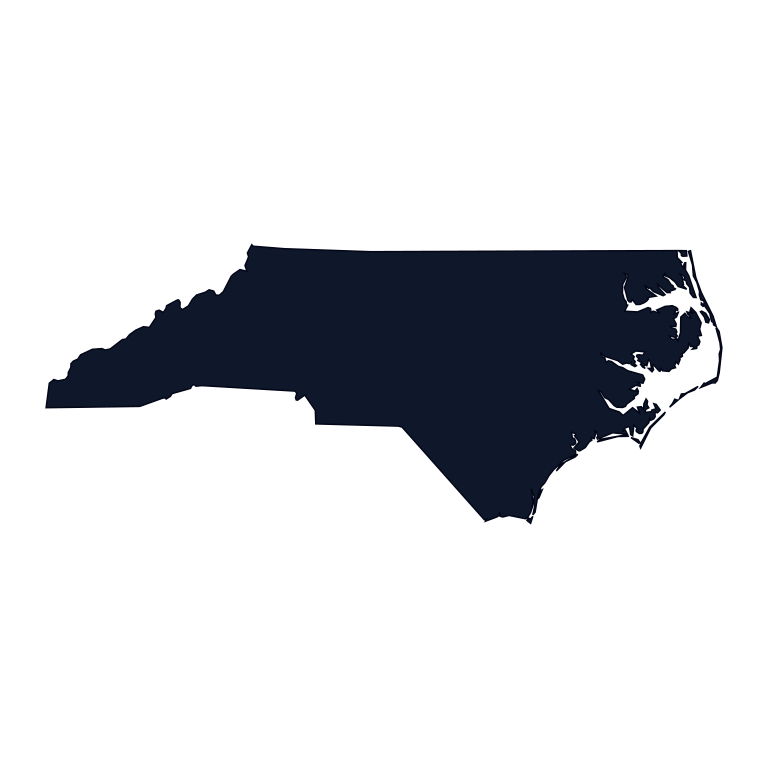 North Carolina, Equal Earth projection
{"feature_id": "USA-3549", "entity_name": "North Carolina", "entity_type": "State", "adm_level": 1, "iso_a3": "USA", "parent_name": "United States of America", "parent_adm1": "", "projection": "equal_earth", "projection_center": [-78.085, 35.229], "detail": "fine", "context": "isolated", "style": "filled", "palette": "ink", "viewbox_px": 768, "rotation_deg": 0, "n_neighbors": 0, "source": "natural_earth", "source_scale": "10m", "svg_char_len": 6131}
<svg xmlns="http://www.w3.org/2000/svg" viewBox="0 0 768 768"><path d="M677.0,250.6L677.3,257.6L681.9,262.4L680.6,263.1L681.5,265.5L685.0,269.3L683.4,265.9L684.7,262.8L685.7,262.7L685.5,270.0L688.7,275.6L696.1,297.5L693.4,297.4L690.1,293.0L689.7,287.4L686.7,283.7L686.2,281.0L684.0,279.6L684.6,276.9L682.5,275.0L679.9,274.1L682.2,277.2L683.5,284.5L682.5,285.1L686.7,289.2L678.2,286.5L675.0,282.0L669.5,277.5L664.3,275.5L665.5,274.4L664.6,273.4L663.0,276.9L667.9,279.7L671.0,284.6L672.9,285.6L673.7,288.0L675.4,288.8L674.9,289.5L669.7,291.2L670.2,292.6L667.0,292.6L657.6,284.4L658.6,287.5L665.0,294.7L663.1,295.7L653.3,291.5L649.9,287.9L648.7,288.3L644.6,285.1L646.8,289.2L656.2,296.1L648.6,297.4L647.4,298.1L648.4,298.9L646.8,300.9L644.4,302.6L640.1,304.4L636.1,304.5L632.3,299.5L631.1,301.9L629.3,301.9L627.8,300.1L624.5,287.5L628.2,276.9L627.5,275.1L624.4,273.4L626.5,277.2L622.7,284.3L622.4,293.0L624.2,299.2L626.1,301.6L626.5,304.8L627.7,305.1L624.6,311.2L637.6,311.9L648.0,307.6L650.5,308.4L651.1,312.6L653.2,311.2L660.0,313.3L656.7,310.0L665.1,306.4L672.3,305.7L676.2,307.4L677.7,308.9L677.6,310.5L675.9,309.5L674.5,313.9L678.2,312.6L676.5,316.9L673.5,318.8L676.2,323.9L675.8,326.5L670.6,326.4L672.1,328.1L675.7,329.1L676.9,332.1L675.7,333.2L677.3,336.0L676.0,337.5L669.5,336.0L670.8,338.5L672.6,339.4L676.8,338.7L677.9,340.8L680.5,332.8L680.8,317.1L684.9,313.3L687.5,316.8L690.5,317.7L690.4,316.3L688.0,314.5L686.9,311.9L691.7,313.4L693.2,312.6L690.0,311.2L691.1,307.7L695.8,312.5L701.2,322.9L699.6,329.1L701.4,335.4L697.4,336.2L699.9,341.6L698.9,344.7L696.8,346.0L696.7,348.4L692.5,349.1L694.0,347.7L693.7,346.7L690.4,346.4L688.8,342.2L688.1,348.0L683.8,352.9L682.0,353.5L682.4,356.3L679.5,358.1L680.1,359.5L678.3,364.1L676.1,361.9L674.6,365.6L675.5,367.7L671.4,368.8L669.0,371.4L662.5,370.8L661.2,368.7L660.0,371.3L659.1,371.0L653.4,364.7L652.8,366.9L653.6,369.7L652.0,371.8L648.4,368.4L651.5,368.4L650.4,361.9L648.6,359.6L646.8,365.7L645.0,364.9L643.6,366.3L645.2,368.4L642.5,366.9L640.5,364.3L642.1,362.9L637.8,360.4L638.9,358.8L636.6,356.3L636.9,355.1L638.9,354.7L642.7,355.3L645.1,351.9L635.8,351.0L631.1,353.9L634.2,356.7L633.2,359.4L635.3,361.6L634.3,363.6L636.4,365.7L634.8,366.6L631.0,364.5L631.2,362.2L629.0,363.6L626.8,363.0L622.7,364.2L617.9,360.7L604.8,356.3L600.3,352.5L602.4,356.8L604.7,357.8L606.1,362.2L608.5,360.8L611.6,361.6L618.3,366.4L622.8,367.7L627.6,370.7L642.7,375.0L644.7,379.1L643.0,383.2L637.5,382.3L640.2,384.5L640.2,386.2L635.8,385.3L629.2,389.2L635.9,391.3L637.1,390.6L636.0,389.8L637.1,388.5L638.4,391.3L637.9,393.9L634.0,396.7L634.4,398.4L626.7,404.1L625.4,406.4L622.5,407.5L616.8,407.2L614.2,405.6L608.6,399.5L604.8,397.6L601.2,391.9L598.4,390.6L609.1,408.5L619.4,412.0L623.1,415.5L632.6,407.7L639.6,413.3L637.4,407.1L641.2,406.7L643.5,409.2L643.9,403.7L646.1,399.0L647.6,401.3L647.0,404.8L648.8,407.8L645.4,409.6L645.6,412.4L651.3,411.7L652.0,409.9L656.0,408.9L653.8,403.7L656.2,404.4L660.2,410.0L657.6,412.7L654.9,412.5L655.2,416.6L653.8,418.8L650.8,420.3L649.8,418.2L648.8,422.7L643.0,429.2L642.9,431.9L641.8,433.3L639.4,433.5L636.4,431.6L636.1,430.0L637.3,428.6L633.9,425.0L632.7,435.9L630.7,434.6L629.7,427.6L628.6,426.6L624.9,428.1L622.1,431.4L625.2,430.0L627.4,434.2L612.6,432.8L597.5,439.1L596.8,437.4L598.1,436.3L596.0,430.7L594.6,430.5L595.5,434.2L594.2,438.6L591.3,437.6L591.9,440.1L589.3,441.8L585.3,447.5L580.4,450.5L579.0,450.9L574.0,448.0L579.2,441.9L574.5,435.6L575.8,434.9L575.5,433.5L572.2,432.7L571.4,431.4L572.4,438.3L574.4,438.4L575.6,441.2L575.5,443.7L573.1,445.2L571.4,444.6L570.3,446.0L572.1,449.0L575.4,450.7L575.8,454.3L563.8,460.2L553.7,469.6L548.9,475.7L544.8,482.8L541.1,486.8L537.9,495.4L535.1,512.1L532.8,514.9L534.4,507.7L533.7,499.7L534.3,496.8L531.2,488.4L532.8,501.0L532.2,507.5L530.5,512.6L527.6,517.5L525.8,518.8L509.0,515.4L502.8,517.0L500.2,516.3L500.6,514.7L499.6,512.8L498.8,515.7L497.0,516.9L485.5,521.2L486.5,519.1L484.4,519.8L402.1,427.1L398.3,426.1L315.8,423.9L315.3,410.3L304.8,395.1L297.5,400.2L296.2,399.9L295.5,397.6L296.8,393.3L295.1,391.1L201.8,385.6L196.0,386.2L193.9,384.4L191.7,385.9L190.5,388.4L172.1,393.6L170.4,396.3L166.2,399.0L164.7,397.7L162.2,398.3L139.7,406.4L46.1,407.7L49.3,383.2L53.9,379.5L57.9,380.9L65.5,379.3L68.1,376.0L68.4,372.2L70.8,367.6L71.0,363.6L73.4,361.1L77.8,359.1L80.6,354.8L92.4,349.3L101.9,348.6L105.3,350.0L110.3,348.9L122.3,339.6L126.0,339.0L129.6,334.6L135.7,330.2L143.4,326.7L149.4,327.4L155.9,317.5L155.3,313.7L156.0,311.2L159.1,310.2L163.4,312.4L166.0,308.4L166.6,305.7L177.3,300.0L178.6,299.9L180.1,302.2L179.9,307.7L182.5,309.6L188.4,305.9L192.5,299.1L196.6,295.0L205.4,292.2L209.1,289.8L213.7,291.1L215.8,295.0L219.2,295.3L223.3,291.7L231.2,276.3L233.6,274.0L240.0,269.6L247.0,271.3L245.0,265.6L248.6,256.8L247.4,253.0L251.8,244.7L253.0,246.2L284.3,248.7L370.3,251.7L677.0,250.6ZM690.5,250.7L695.8,277.5L701.4,292.7L713.1,316.2L716.2,326.4L713.6,324.9L713.3,322.5L711.6,321.4L709.8,313.4L704.5,305.7L703.1,306.4L701.2,304.7L701.4,303.0L702.7,304.2L704.5,303.6L703.6,300.7L700.8,299.8L699.3,294.7L699.6,291.6L696.8,282.3L693.4,276.0L692.5,264.9L688.4,251.4L690.5,250.7ZM719.1,331.5L721.9,347.7L719.2,372.5L717.4,380.2L715.3,382.9L712.1,382.9L700.7,387.5L704.1,383.1L705.3,383.6L717.3,377.1L719.6,360.4L719.2,353.9L720.7,349.4L720.0,342.9L716.1,328.3L716.7,327.8L719.1,331.5ZM649.8,427.2L665.4,412.0L663.8,414.8L650.7,427.9L640.6,448.0L639.9,446.1L641.0,443.1L649.8,427.2ZM704.4,317.1L700.4,311.8L701.7,311.1L705.7,313.3L709.4,319.5L708.5,322.8L705.9,322.2L704.4,317.1ZM600.5,439.3L625.0,435.0L629.0,436.3L617.8,436.5L597.1,441.9L600.5,439.3ZM686.3,250.7L686.9,256.0L683.1,256.3L681.5,255.7L681.1,252.9L678.4,250.6L686.3,250.7ZM560.5,464.6L577.8,454.3L575.2,456.9L565.4,461.7L556.3,471.0L560.5,464.6ZM681.4,394.0L685.2,393.6L698.1,386.4L694.5,390.0L687.6,392.7L679.4,398.9L681.4,394.0ZM530.6,519.1L532.8,516.3L530.6,523.3L527.0,520.5L528.7,518.1L530.6,519.1ZM637.9,439.7L640.0,442.6L638.9,443.2L631.0,437.6L637.9,439.7ZM674.7,399.2L677.9,400.2L669.6,407.2L672.6,403.4L674.7,399.2ZM537.9,498.9L540.2,490.9L542.2,489.8L539.0,497.6L537.9,498.9Z" fill="#0f172a" stroke="#020617" stroke-width="1.5"/></svg>